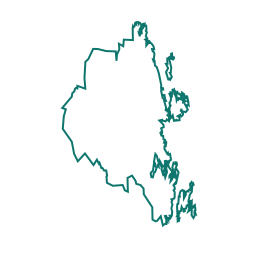 Mandal nor, Vest-Agder, Norway (Equal Earth projection), rotated 259°
{"feature_id": "86288312B66644758166065", "entity_name": "Mandal nor", "entity_type": "district", "adm_level": 2, "iso_a3": "NOR", "parent_name": "Norway", "parent_adm1": "Vest-Agder", "projection": "equal_earth", "projection_center": [7.487, 58.066], "detail": "fine", "context": "isolated", "style": "outline", "palette": "teal", "viewbox_px": 256, "rotation_deg": 259, "n_neighbors": 0, "source": "geoboundaries", "source_scale": "gbopen_adm2", "svg_char_len": 5901}
<svg xmlns="http://www.w3.org/2000/svg" viewBox="0 0 256 256"><g transform="rotate(259 128 128)"><path d="M25.7,143.7L26.8,146.0L26.5,147.3L28.4,147.6L27.9,148.5L34.3,147.5L34.0,148.4L35.4,148.7L31.5,148.6L32.1,149.8L30.2,150.3L31.3,150.6L30.8,151.1L31.4,151.8L33.0,151.5L31.4,152.4L32.5,153.3L33.9,152.5L33.7,154.3L37.1,155.4L41.0,155.3L44.4,157.0L47.1,156.6L48.6,157.7L49.7,157.1L50.0,160.0L51.7,160.7L56.2,161.6L58.2,160.9L59.0,162.2L60.7,162.5L63.2,161.7L65.2,164.0L64.1,164.0L64.4,164.6L74.9,169.2L78.2,167.9L77.6,166.7L78.4,166.5L82.7,169.1L84.9,169.1L85.2,168.3L83.5,168.6L83.3,167.7L85.1,166.0L80.8,164.0L78.1,164.4L74.7,162.7L73.1,163.0L74.4,164.4L76.5,164.7L76.4,166.0L71.1,165.9L70.4,165.2L72.5,165.1L72.5,164.3L70.2,163.8L71.9,163.5L72.0,162.7L69.3,161.6L67.6,159.7L74.1,161.9L72.0,159.3L72.9,159.4L74.7,161.0L74.9,162.4L77.4,162.8L82.3,160.4L83.8,160.6L84.4,159.7L86.6,160.5L86.9,159.5L82.9,158.7L82.9,157.8L77.3,157.9L72.4,155.1L75.8,155.1L75.2,156.0L76.1,156.4L80.0,156.7L81.7,156.4L77.4,154.1L74.0,153.7L81.3,153.0L83.8,154.5L83.5,153.4L88.3,152.6L85.6,151.3L86.9,151.3L86.5,150.7L84.1,150.7L85.4,149.7L79.6,146.2L79.3,145.0L74.8,143.0L75.3,141.6L76.8,141.5L79.5,141.7L81.5,144.4L87.3,146.4L85.7,147.3L87.9,147.9L89.7,147.0L97.3,149.9L95.1,151.0L89.1,151.3L88.4,152.4L89.8,152.9L84.9,154.4L83.4,155.9L84.9,157.3L88.5,157.9L88.5,159.3L87.3,160.2L87.7,161.0L86.3,161.5L88.2,162.9L88.6,164.2L94.5,164.3L94.0,162.7L96.0,162.5L95.2,161.6L100.6,159.8L103.0,160.3L102.9,161.4L105.4,161.4L104.5,162.1L106.7,162.9L107.5,162.5L106.6,162.1L106.8,160.6L109.3,162.0L110.1,160.7L113.6,161.0L114.2,159.3L116.2,159.0L115.9,159.5L117.4,159.8L116.8,160.5L118.0,160.9L121.4,160.5L122.0,163.2L124.5,163.4L129.4,160.2L129.5,163.2L128.4,163.3L128.2,164.2L128.9,164.6L128.2,164.5L127.3,166.1L129.0,167.8L127.0,169.5L131.2,170.5L133.7,168.6L132.0,170.7L134.8,171.9L136.2,171.6L134.0,170.7L138.6,170.8L137.5,169.7L139.0,169.4L137.5,168.1L140.9,169.3L147.3,168.7L147.3,170.5L148.1,170.3L148.1,168.7L150.0,168.8L149.5,169.4L150.1,170.0L153.4,170.1L153.8,168.8L152.2,167.7L158.1,167.6L159.3,168.0L159.0,169.9L160.4,170.0L161.2,168.1L163.4,168.8L175.8,168.7L182.3,167.9L184.2,166.4L188.7,166.9L189.5,166.7L188.9,165.8L190.6,165.6L190.3,166.3L195.7,168.1L197.9,167.8L198.4,166.9L200.4,167.5L200.4,166.6L200.9,166.6L200.4,168.7L203.5,168.6L206.8,167.0L207.3,165.4L208.7,165.9L210.0,164.5L208.9,164.3L209.7,163.2L207.3,163.9L205.4,161.7L210.8,162.7L211.6,161.8L212.5,163.9L214.9,163.0L218.4,164.8L220.1,164.0L220.9,164.9L225.1,165.4L225.6,163.7L225.0,163.4L227.3,164.3L227.3,162.6L225.3,162.3L224.8,163.0L224.7,162.1L223.6,162.2L221.7,159.9L219.4,159.7L220.2,159.0L218.2,158.8L217.8,157.8L215.8,157.1L219.3,156.8L218.7,157.4L221.7,157.9L222.7,158.4L221.8,159.0L226.6,160.8L228.8,159.9L229.5,159.0L228.5,158.5L229.9,158.3L229.6,157.1L230.3,156.9L230.1,155.8L228.1,155.8L229.1,154.8L226.7,153.9L225.8,152.7L226.9,152.3L225.4,151.8L226.0,151.8L213.4,149.6L215.5,140.8L209.2,138.9L212.4,135.2L206.9,134.5L202.2,131.2L196.2,129.5L205.5,130.6L207.7,121.2L211.3,113.4L212.3,108.9L203.2,102.2L201.1,98.8L185.3,94.8L174.8,93.6L179.0,86.3L176.5,85.8L177.3,84.5L176.6,83.5L174.2,82.3L172.8,80.0L169.5,78.8L160.2,67.3L158.2,70.5L151.7,67.2L139.6,63.8L125.3,70.2L112.9,70.2L104.9,72.4L111.2,80.9L98.2,87.1L102.8,91.4L98.5,92.6L99.3,93.4L93.8,94.2L93.8,95.2L90.7,96.5L90.5,98.5L85.1,98.4L84.5,97.6L78.2,96.9L74.2,102.1L73.0,111.9L67.4,113.0L65.5,115.7L79.1,118.0L80.5,122.9L74.8,125.3L71.6,125.5L69.6,129.4L65.6,131.7L59.8,130.9L45.6,136.7L33.4,134.6L31.1,137.3L31.4,139.0L35.1,143.3L25.7,143.7ZM136.2,172.3L130.1,171.8L131.0,172.5L129.0,173.3L130.7,173.1L131.9,174.3L126.3,174.5L126.7,176.7L126.1,176.5L125.8,180.1L130.1,180.8L129.5,179.7L130.1,179.0L131.0,181.6L129.9,181.2L129.1,182.4L130.3,184.3L131.7,184.8L132.8,184.1L133.3,184.8L135.5,182.5L135.0,183.2L136.7,184.2L134.4,183.7L132.6,187.7L134.6,190.2L140.4,188.5L138.5,190.5L139.4,191.5L138.9,191.9L142.5,192.0L143.6,190.6L142.8,192.2L147.8,192.1L148.0,191.4L146.0,191.0L146.5,189.9L148.2,190.0L149.4,188.8L150.4,189.6L152.4,187.8L148.5,187.5L149.4,186.1L151.1,186.2L151.2,184.9L152.0,184.9L152.5,183.3L153.9,183.3L153.6,182.6L150.5,181.7L151.0,181.4L148.0,181.8L148.4,182.3L146.4,186.0L148.2,186.1L147.5,187.8L143.2,189.4L142.6,187.0L144.8,187.4L147.1,183.6L146.1,182.7L147.1,181.9L145.8,181.0L148.8,181.2L152.7,180.1L153.3,181.5L154.9,181.5L154.9,180.8L157.3,180.6L156.7,179.5L157.6,178.6L155.7,179.2L151.4,177.1L149.5,177.1L155.9,176.6L153.6,176.0L153.6,175.2L149.7,176.0L146.6,175.2L144.6,173.4L141.9,174.1L141.3,173.6L142.1,173.3L136.8,171.8L136.2,172.3ZM41.7,161.2L27.7,159.1L28.9,160.3L26.9,159.6L26.9,160.1L29.5,161.3L29.5,160.6L30.6,160.6L33.7,161.4L33.2,160.1L34.9,161.3L34.8,162.3L36.5,162.5L36.4,164.1L40.4,165.6L37.7,166.4L37.8,167.3L34.7,166.3L36.0,166.8L35.3,167.0L35.6,168.0L37.8,167.7L37.9,169.8L40.4,170.6L41.2,172.1L38.8,172.6L39.4,172.8L38.6,173.5L34.6,171.3L36.7,175.2L30.2,173.8L27.2,175.1L29.2,176.7L31.7,177.0L30.7,178.0L34.3,177.7L34.6,178.6L37.7,178.8L37.1,178.4L37.9,177.8L37.6,177.1L39.0,177.8L37.5,175.2L44.3,176.7L43.4,175.3L44.5,175.2L44.5,174.5L40.6,175.0L39.2,174.3L44.1,173.2L50.6,175.9L53.2,178.5L59.7,180.2L59.1,180.5L59.7,181.6L61.1,181.4L60.3,180.5L62.8,180.1L61.3,178.2L54.9,177.8L56.0,176.8L55.3,175.4L54.2,175.3L54.7,174.0L53.7,172.8L54.7,171.9L51.6,172.1L48.4,169.5L56.3,170.9L55.4,170.2L56.7,169.5L55.9,167.5L53.3,166.0L50.8,165.8L51.1,164.8L44.0,162.9L44.0,162.0L41.7,161.2ZM175.6,176.0L167.9,176.8L167.5,178.3L169.5,179.0L167.9,179.2L169.9,180.8L174.1,179.6L174.1,180.5L179.2,182.0L187.8,181.6L188.4,182.6L186.6,185.2L187.7,186.6L189.6,186.4L188.5,186.0L188.7,185.0L192.8,185.4L192.6,184.4L190.6,184.2L190.4,184.9L190.1,183.5L188.8,183.7L189.6,182.8L189.5,181.7L188.1,181.6L188.9,181.4L188.8,180.3L188.3,180.8L187.2,179.4L183.5,179.1L183.7,177.5L179.1,178.8L175.6,176.0Z" fill="none" stroke="#0f766e" stroke-width="2"/></g></svg>